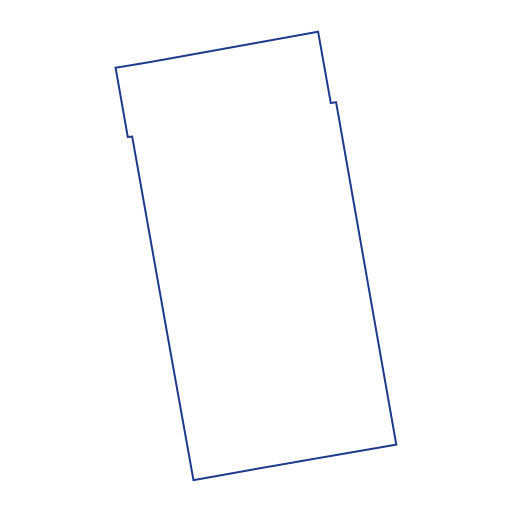 Perry, Mississippi, United States of America, rotated 170°
{"feature_id": "52423323B55832283983627", "entity_name": "Perry", "entity_type": "district", "adm_level": 2, "iso_a3": "USA", "parent_name": "United States of America", "parent_adm1": "Mississippi", "projection": "robinson", "projection_center": [-88.978, 31.172], "detail": "fine", "context": "isolated", "style": "outline", "palette": "blue", "viewbox_px": 512, "rotation_deg": 170, "n_neighbors": 0, "source": "geoboundaries", "source_scale": "gbopen_adm2", "svg_char_len": 329}
<svg xmlns="http://www.w3.org/2000/svg" viewBox="0 0 512 512"><g transform="rotate(170 256 256)"><path d="M287.7,46.3L240.4,46.2L150.6,45.9L150.6,117.3L150.4,393.5L155.8,393.7L155.9,466.1L327.3,465.4L361.6,465.8L361.6,395.5L357.2,395.1L356.9,179.2L356.5,46.1L287.7,46.3Z" fill="none" stroke="#1e3a8a" stroke-width="2"/></g></svg>